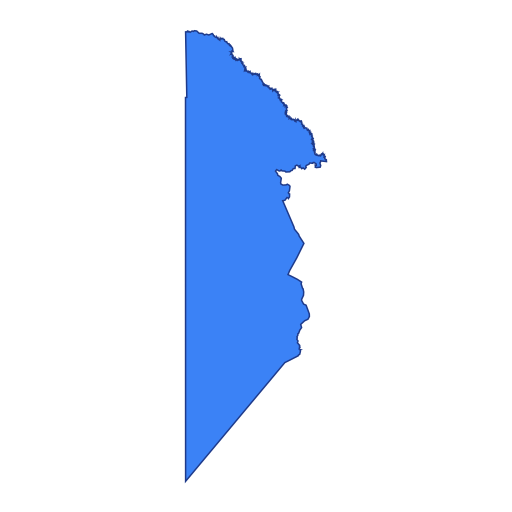 Sikongo, Western, Zambia (Robinson projection)
{"feature_id": "96606910B5408602862486", "entity_name": "Sikongo", "entity_type": "district", "adm_level": 2, "iso_a3": "ZMB", "parent_name": "Zambia", "parent_adm1": "Western", "projection": "robinson", "projection_center": [22.375, -15.32], "detail": "fine", "context": "isolated", "style": "filled", "palette": "blue", "viewbox_px": 512, "rotation_deg": 0, "n_neighbors": 0, "source": "geoboundaries", "source_scale": "gbopen_adm2", "svg_char_len": 5909}
<svg xmlns="http://www.w3.org/2000/svg" viewBox="0 0 512 512"><path d="M185.6,31.9L186.8,97.4L185.5,97.5L185.6,481.3L284.8,362.6L298.2,355.8L298.4,355.1L299.7,354.3L300.4,351.4L300.1,349.9L300.7,349.7L299.2,349.1L299.4,347.7L300.0,347.2L299.4,346.0L299.7,345.4L297.4,342.8L298.0,341.0L296.8,339.2L297.3,337.9L296.9,336.9L297.8,335.4L297.9,333.7L298.6,333.3L299.8,330.1L301.6,327.6L300.7,324.4L304.6,320.8L308.0,319.2L309.4,316.5L309.3,313.9L306.1,305.2L303.6,304.1L301.6,300.4L301.7,299.2L303.5,295.3L303.7,292.0L303.1,288.8L302.6,288.4L301.1,283.8L301.6,282.1L297.3,279.3L288.0,274.6L289.7,270.5L296.7,258.0L303.9,243.4L299.2,236.1L298.6,234.3L294.5,229.2L293.9,226.8L282.7,200.7L284.9,200.3L287.0,197.5L288.1,197.9L288.4,198.5L289.5,196.9L289.6,194.0L288.7,193.6L288.3,192.8L289.4,190.8L290.0,186.4L289.5,185.5L287.3,184.2L286.1,184.9L282.9,185.1L280.9,184.0L280.6,182.8L281.3,178.2L279.9,176.5L277.8,175.3L277.5,173.8L275.5,171.1L276.7,169.6L279.2,171.0L280.1,170.9L281.1,170.0L282.0,170.9L284.9,171.1L285.8,172.0L289.8,171.8L290.9,170.7L292.1,170.4L293.3,168.6L295.0,168.5L295.3,165.9L296.9,165.1L298.5,166.2L299.6,165.8L299.0,166.9L299.2,167.5L300.4,167.0L301.7,168.7L303.1,167.9L304.7,169.2L306.2,167.5L305.8,166.9L306.2,165.5L309.0,164.2L309.7,163.0L312.8,163.3L313.0,162.6L314.0,162.4L316.2,164.0L316.3,165.3L315.3,165.3L315.6,165.7L315.2,167.1L316.3,167.6L320.2,167.2L320.7,165.6L319.9,163.0L320.7,161.6L320.7,160.9L326.5,161.6L326.5,161.1L325.9,161.0L326.3,159.7L324.8,158.8L324.9,157.6L324.3,157.3L324.9,156.9L324.4,156.5L324.9,156.2L323.8,155.3L324.1,154.7L323.7,154.8L323.5,154.1L322.8,154.4L322.7,153.4L322.4,153.9L322.1,153.6L321.4,154.0L321.0,155.2L320.2,155.1L320.3,155.8L318.8,155.4L318.6,156.3L318.4,155.5L317.0,155.3L317.0,154.6L316.1,154.8L316.2,154.1L315.1,154.3L314.6,152.9L315.0,152.3L314.6,152.1L315.0,150.9L314.3,150.8L314.6,150.5L314.1,150.3L314.5,150.1L313.9,149.5L314.4,149.4L313.9,149.0L314.7,148.9L314.0,148.3L314.4,148.1L314.2,147.2L314.9,146.9L314.3,147.0L314.2,146.4L314.0,146.8L313.5,146.5L313.7,145.8L313.2,145.0L313.7,144.6L312.6,144.4L312.8,143.9L312.3,143.6L313.7,143.2L312.7,142.6L313.5,142.2L313.1,141.7L313.5,141.3L312.4,140.9L313.0,140.2L312.0,139.6L313.2,138.6L312.8,138.1L312.2,138.4L312.6,137.7L311.7,136.6L312.3,136.0L311.5,135.1L312.0,134.1L311.6,133.6L311.0,134.5L311.1,133.6L310.6,133.2L310.6,134.3L310.0,134.5L309.7,133.3L310.1,132.4L308.9,132.8L309.5,132.2L309.8,130.5L308.8,130.6L308.4,129.7L307.9,130.5L307.2,130.0L306.9,128.2L305.3,127.8L304.1,128.3L303.4,127.0L303.8,127.3L304.1,126.7L303.6,126.7L303.8,125.7L303.0,125.9L303.2,125.5L302.6,125.3L302.6,124.3L301.6,124.1L301.8,122.5L301.5,121.5L301.1,122.0L300.6,121.7L301.1,121.5L300.8,120.9L299.8,121.3L298.5,119.8L298.4,120.4L297.5,120.0L297.5,119.3L297.1,119.6L297.6,120.3L296.1,120.4L295.9,121.6L295.0,120.7L295.0,119.9L294.6,120.6L294.2,119.8L292.8,119.7L292.8,119.2L291.5,119.6L291.3,118.4L290.7,118.7L290.8,118.2L290.0,117.7L289.3,118.2L289.6,117.2L289.1,117.4L288.9,116.3L288.1,116.9L287.6,115.7L286.9,116.1L287.0,115.5L286.4,115.5L286.3,113.5L285.4,114.0L285.2,112.9L285.4,112.3L285.6,112.9L286.1,112.3L285.8,111.7L286.5,111.7L286.2,111.2L286.8,110.6L286.1,110.4L286.7,109.7L286.3,107.7L287.2,107.5L286.5,106.4L286.9,106.0L286.2,105.2L285.7,105.7L285.8,105.3L285.0,105.4L285.4,105.1L284.9,104.7L284.6,105.1L283.9,104.8L284.2,104.0L283.9,103.3L283.2,103.3L283.5,102.8L281.4,101.9L281.2,100.7L281.6,100.2L280.8,100.3L281.0,99.7L280.5,99.8L280.5,99.2L280.0,99.4L279.9,98.8L279.1,98.2L279.3,97.8L278.8,97.7L279.2,97.4L279.1,95.6L279.6,95.3L279.1,94.8L278.9,95.3L278.7,94.8L278.2,95.1L278.3,94.5L278.8,94.4L278.1,93.9L278.3,93.1L278.1,93.5L277.6,93.1L278.0,92.4L277.5,92.6L277.4,91.9L277.1,92.1L276.8,91.6L276.3,92.0L275.9,91.5L276.4,91.5L275.6,90.3L275.7,89.6L275.3,89.8L275.0,89.2L274.1,90.4L273.7,89.7L272.9,90.6L272.9,89.7L272.7,90.1L272.5,89.2L271.5,88.7L271.7,88.3L270.8,88.3L271.0,89.0L270.2,89.2L270.1,88.2L269.2,88.1L269.1,87.3L268.2,86.9L268.4,86.3L267.8,86.6L267.7,86.0L267.3,86.0L267.3,86.4L267.0,85.6L266.4,85.8L266.3,85.2L265.5,84.9L265.4,85.4L264.8,84.9L264.5,85.2L264.3,84.4L263.9,84.9L264.1,85.3L263.6,85.4L263.0,84.2L263.3,83.2L262.2,81.6L262.8,81.1L262.2,81.3L261.3,79.4L260.8,79.6L259.6,78.4L259.9,77.9L259.3,76.7L259.8,77.1L260.0,76.6L259.2,76.0L259.3,74.6L258.7,75.3L258.6,74.6L257.9,74.9L258.2,74.2L257.5,74.9L257.5,73.9L256.2,74.4L256.0,73.7L255.1,74.1L255.0,73.5L254.3,73.9L254.1,73.3L254.0,74.0L253.3,74.2L253.4,74.7L253.1,74.0L253.0,74.4L252.4,74.0L252.2,74.5L251.7,73.7L252.2,73.6L251.7,73.4L251.6,72.6L251.4,73.2L250.0,72.8L250.1,71.5L249.2,71.9L248.7,71.3L248.1,72.3L246.2,69.9L246.0,71.0L245.2,70.8L245.5,69.9L244.6,70.6L244.9,68.8L245.6,69.1L245.2,68.1L245.7,67.2L244.9,67.3L244.5,65.7L244.0,66.1L244.1,65.5L242.8,64.7L242.8,63.8L242.2,63.5L242.7,63.1L242.1,63.0L241.7,62.1L242.0,61.9L241.2,61.6L241.5,61.2L241.0,60.8L241.0,58.7L239.7,58.8L239.7,59.3L239.4,58.9L239.4,59.9L238.7,59.8L238.5,58.9L238.3,60.1L237.5,60.4L237.1,59.5L236.5,60.0L236.3,59.0L235.8,59.3L235.8,58.6L235.5,59.3L235.3,58.5L235.0,59.4L234.6,59.3L234.4,58.2L233.9,58.5L234.1,57.6L232.9,58.0L233.1,56.6L232.3,56.7L232.9,55.3L231.6,54.5L232.0,54.0L231.7,53.5L231.0,53.9L231.4,53.2L231.0,52.8L231.5,53.0L231.5,52.3L231.0,52.0L231.9,52.0L232.3,51.2L232.5,51.5L232.8,51.5L232.2,50.9L232.9,50.7L232.5,48.1L230.7,45.5L230.3,45.2L230.1,45.8L229.5,45.3L229.8,44.6L229.1,44.3L229.0,43.7L228.1,43.8L227.0,42.7L226.7,41.7L226.1,41.9L224.7,41.0L224.3,39.5L223.2,39.4L222.9,38.4L221.0,38.4L221.1,39.0L220.7,39.1L220.2,38.2L220.0,39.1L219.6,39.1L219.7,40.1L218.4,39.2L218.0,37.8L217.5,38.3L216.7,36.9L216.6,37.4L216.0,37.4L214.5,36.5L214.6,36.0L213.5,35.6L213.2,34.5L212.2,33.5L208.8,35.0L206.5,34.2L204.3,35.0L203.6,34.1L202.1,33.3L199.1,33.3L196.7,31.0L194.3,30.7L193.5,31.4L192.1,31.0L190.1,32.3L188.8,31.3L188.1,32.0L187.5,31.1L186.6,31.9L185.6,31.9Z" fill="#3b82f6" stroke="#1e3a8a" stroke-width="1.5"/></svg>